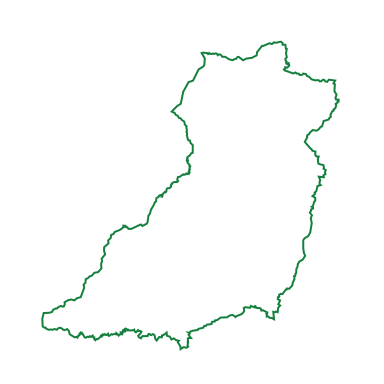 Lan Sak, Uthai Thani, Thailand (orthographic projection), rotated 275°
{"feature_id": "78962969B44597518735554", "entity_name": "Lan Sak", "entity_type": "district", "adm_level": 2, "iso_a3": "THA", "parent_name": "Thailand", "parent_adm1": "Uthai Thani", "projection": "orthographic", "projection_center": [99.474, 15.557], "detail": "fine", "context": "isolated", "style": "outline", "palette": "green", "viewbox_px": 384, "rotation_deg": 275, "n_neighbors": 0, "source": "geoboundaries", "source_scale": "gbopen_adm2", "svg_char_len": 5907}
<svg xmlns="http://www.w3.org/2000/svg" viewBox="0 0 384 384"><g transform="rotate(275 192 192)"><path d="M138.3,310.3L141.1,308.8L145.2,307.8L153.7,307.0L155.7,308.2L158.3,311.7L162.0,313.3L171.5,314.0L176.3,312.6L179.3,313.5L181.7,311.2L183.7,312.2L184.9,312.1L186.2,314.1L186.9,314.0L187.7,312.6L188.4,313.7L192.8,314.5L193.9,315.5L197.0,315.3L198.4,312.4L200.9,314.8L202.1,314.2L203.5,315.7L208.9,316.5L210.1,319.6L211.0,318.4L213.6,318.2L214.8,318.8L218.3,317.0L218.2,322.0L220.2,321.5L221.4,323.4L223.3,322.7L225.4,323.4L226.7,321.0L227.7,321.3L230.3,320.6L230.9,316.2L231.6,315.3L235.7,314.5L238.3,315.1L238.2,313.3L239.1,311.9L240.5,311.4L243.0,311.5L243.7,308.2L245.2,307.3L245.4,306.5L251.7,300.0L256.5,302.0L257.6,301.7L259.0,302.2L259.7,303.5L261.2,304.1L264.2,306.8L263.9,310.5L265.1,312.4L268.3,314.7L268.7,315.9L274.1,316.9L276.1,321.8L277.5,322.2L279.1,323.8L280.8,323.2L284.4,324.5L285.4,326.0L286.6,325.8L287.9,327.5L291.0,328.1L292.2,327.4L293.8,329.2L294.7,329.1L294.9,330.1L296.7,330.1L296.8,327.3L298.2,326.7L301.5,327.5L304.9,325.1L311.9,324.9L312.5,323.5L315.5,324.9L315.8,318.5L313.5,317.0L313.8,315.1L315.1,314.1L315.3,312.7L313.6,311.1L313.3,309.8L314.4,308.4L314.0,304.5L314.7,301.3L316.9,298.7L317.6,296.5L319.4,295.2L319.7,292.5L318.4,291.7L318.0,289.1L319.2,288.0L319.1,286.2L320.1,284.7L318.9,282.7L321.2,273.8L322.1,272.9L323.2,274.2L324.4,274.0L324.2,276.1L326.2,277.8L327.4,277.7L328.9,277.0L328.3,275.9L327.7,275.9L328.2,274.8L329.2,274.4L330.2,274.9L331.2,273.7L332.8,273.4L334.4,274.7L338.3,273.6L342.7,273.9L342.7,273.2L343.5,272.9L346.8,272.2L346.6,269.4L348.4,269.2L349.5,267.4L347.9,262.3L348.3,260.7L346.3,258.7L347.0,256.3L343.8,250.4L343.6,249.0L336.9,244.6L333.7,244.5L330.8,239.8L329.7,234.6L327.7,231.4L330.7,226.7L330.3,225.4L328.4,224.2L328.0,222.5L326.9,221.2L327.3,217.8L329.6,213.2L329.3,210.5L331.3,208.6L331.5,207.0L330.5,205.7L331.8,204.9L332.2,203.7L331.4,201.8L331.8,201.2L331.1,198.7L331.8,197.2L331.3,197.2L330.7,196.0L331.7,194.9L331.8,190.8L331.3,189.5L326.2,193.1L319.6,193.2L318.1,192.4L314.7,187.9L303.0,183.3L301.2,179.0L291.0,174.5L278.9,173.1L276.1,169.5L270.3,164.8L269.1,168.0L267.5,169.0L266.7,171.1L264.6,172.6L264.4,174.2L262.9,175.6L261.4,178.2L258.5,179.0L257.0,180.9L256.3,180.6L252.8,181.6L251.3,181.2L250.3,182.0L248.1,182.0L243.7,183.4L243.1,184.1L243.2,185.4L240.7,186.3L238.7,188.7L231.1,189.3L230.6,188.0L228.1,186.5L226.5,184.5L224.5,184.2L224.3,184.7L223.1,184.0L222.1,184.6L222.3,185.2L220.8,185.0L218.8,187.2L217.6,187.1L217.4,188.0L215.4,187.4L214.5,188.0L213.3,187.1L211.6,188.0L210.5,187.6L210.8,187.0L209.8,187.0L210.0,186.1L209.5,185.7L209.9,184.7L209.1,184.3L208.4,182.5L208.8,182.1L208.5,181.2L206.1,178.5L205.7,176.7L202.9,176.2L201.6,177.2L200.7,176.2L200.3,173.1L198.8,171.1L198.2,171.4L196.9,170.3L195.5,170.7L193.7,169.0L193.8,167.6L193.2,166.9L192.4,166.4L190.2,166.4L189.4,165.7L189.7,165.0L186.7,162.4L186.2,163.0L184.7,162.7L184.7,162.0L186.2,162.0L186.2,160.6L185.1,159.3L184.5,159.4L182.7,157.0L179.6,157.1L178.6,155.9L175.5,155.0L170.9,152.7L166.7,152.0L164.7,150.7L157.7,150.3L156.5,149.7L153.8,145.5L155.1,144.2L155.0,143.4L150.1,135.0L149.7,131.9L151.3,130.7L151.2,128.8L152.5,128.7L152.5,126.5L151.0,126.6L150.0,125.9L147.8,123.3L145.6,118.6L143.3,117.4L142.2,115.2L139.1,115.0L136.4,112.7L133.5,113.3L129.4,109.3L125.8,109.5L122.3,110.9L117.7,107.8L115.0,108.5L113.0,107.7L107.9,108.4L104.0,105.4L103.0,101.7L99.9,99.5L99.1,97.5L97.0,95.7L96.0,93.8L92.2,93.7L90.3,92.1L87.1,92.9L77.5,90.3L76.3,86.9L73.8,84.2L74.4,81.0L73.4,78.0L71.0,74.6L69.4,75.1L66.8,74.3L66.5,73.1L67.1,71.4L65.7,68.9L64.3,67.8L64.1,66.4L62.6,64.0L60.3,63.0L59.3,60.5L58.5,54.8L52.5,53.9L45.0,55.0L44.0,56.8L44.2,57.9L43.2,58.6L42.2,61.3L42.7,62.8L42.6,65.0L43.5,67.0L43.0,69.4L44.4,70.3L45.2,72.1L45.2,73.1L43.2,76.6L44.5,79.7L42.9,81.4L39.6,82.6L37.0,87.8L37.6,89.7L37.0,90.6L38.6,91.0L39.3,92.2L40.4,92.1L42.1,93.1L41.1,93.8L42.1,94.6L37.6,98.0L37.7,99.1L38.7,100.3L38.5,101.9L39.5,102.9L38.8,104.1L40.3,105.6L38.7,106.4L38.6,107.4L37.2,107.3L35.9,108.6L37.2,109.5L37.1,110.9L39.8,113.5L40.0,114.4L41.0,113.9L41.3,115.3L41.9,115.0L42.4,115.5L41.7,116.2L42.8,117.5L42.1,118.2L42.1,119.3L43.5,120.7L41.6,121.4L41.4,122.0L43.4,124.2L43.0,125.2L43.9,127.1L43.6,128.8L44.8,128.9L42.6,131.5L43.8,132.1L44.1,134.2L46.0,133.2L46.4,134.5L45.5,135.1L47.8,135.4L47.0,136.6L47.3,137.6L48.2,137.4L47.7,136.2L48.2,135.6L50.2,137.6L50.0,138.1L49.1,137.7L49.4,139.3L48.6,139.7L49.2,140.5L48.6,141.2L49.0,144.9L49.9,146.4L47.9,147.3L47.3,148.4L49.7,150.3L48.8,151.1L49.1,152.1L48.5,153.8L46.6,153.0L44.1,150.9L42.8,151.6L41.8,153.9L44.1,155.1L44.6,160.4L46.8,161.1L46.9,161.8L45.8,163.6L47.0,165.4L46.2,167.1L42.3,168.4L41.0,169.8L44.7,172.0L44.6,174.6L46.6,174.7L47.0,176.1L49.7,179.0L46.7,179.5L45.9,182.5L43.3,184.4L44.6,186.6L43.1,189.0L42.6,191.9L41.2,190.9L37.0,194.0L34.5,194.3L36.7,197.2L36.4,200.2L37.6,201.7L38.7,200.9L40.5,201.2L41.9,200.7L42.0,200.0L42.3,201.2L45.7,200.6L46.3,201.4L46.4,203.7L49.4,201.1L50.8,202.0L51.6,200.8L51.6,201.8L52.8,202.5L53.8,204.5L55.0,209.7L56.2,210.3L57.8,215.1L59.5,215.7L59.8,217.5L61.1,218.2L62.1,222.9L64.4,223.3L65.0,226.0L66.1,226.1L66.5,228.1L69.4,231.5L70.2,237.8L72.3,240.4L73.1,243.2L71.2,246.3L72.0,246.7L74.6,251.9L76.1,253.4L78.1,254.4L81.0,253.7L81.9,255.2L81.7,259.9L83.6,260.6L82.6,264.2L83.7,264.5L83.8,265.1L82.2,266.1L82.1,270.4L79.9,271.5L80.4,272.9L78.6,277.5L77.9,277.6L77.1,276.7L76.4,277.3L74.4,277.3L74.8,278.5L73.5,280.2L73.4,282.6L72.4,284.8L79.7,283.4L79.5,285.3L80.2,286.0L79.7,287.8L84.3,288.0L86.6,289.7L87.7,287.8L91.7,289.2L92.7,286.8L94.7,286.8L95.0,287.9L95.7,288.1L97.1,287.7L98.2,289.0L98.2,291.0L102.9,293.9L103.2,294.9L104.1,294.9L104.1,297.3L107.7,300.1L110.1,300.2L114.3,301.7L117.0,301.0L117.3,302.1L119.7,302.2L120.2,302.8L124.7,302.7L126.6,303.6L129.3,303.7L132.1,305.0L134.3,308.2L138.3,310.3Z" fill="none" stroke="#15803d" stroke-width="2"/></g></svg>